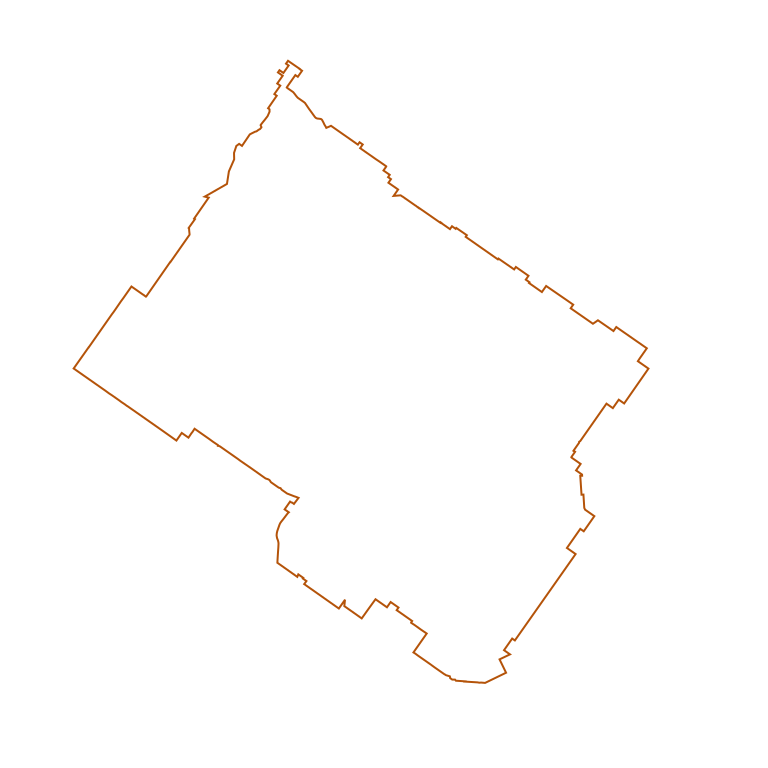 Kellerberrin, Western Australia, Australia, rotated 125°
{"feature_id": "25037944B15582539719607", "entity_name": "Kellerberrin", "entity_type": "district", "adm_level": 2, "iso_a3": "AUS", "parent_name": "Australia", "parent_adm1": "Western Australia", "projection": "albers", "projection_center": [117.81, -31.577], "detail": "fine", "context": "isolated", "style": "outline", "palette": "amber", "viewbox_px": 768, "rotation_deg": 125, "n_neighbors": 0, "source": "geoboundaries", "source_scale": "gbopen_adm2", "svg_char_len": 5866}
<svg xmlns="http://www.w3.org/2000/svg" viewBox="0 0 768 768"><g transform="rotate(125 384 384)"><path d="M540.1,513.4L534.7,513.5L533.6,513.4L533.0,513.4L532.5,513.4L529.3,513.5L529.3,507.2L529.3,503.8L529.3,498.2L529.3,495.7L529.4,491.1L529.3,485.7L529.3,485.2L529.3,484.9L529.9,484.6L529.6,484.1L529.4,483.6L529.3,483.1L529.2,482.6L529.2,482.0L529.2,463.9L529.2,463.7L529.2,460.5L529.3,457.6L529.2,444.8L529.3,427.1L529.3,426.8L529.2,426.6L528.7,424.8L528.6,424.7L528.4,423.4L528.4,423.1L528.4,422.6L528.6,422.0L528.9,421.3L529.1,420.8L529.2,420.6L529.3,420.2L529.3,417.9L529.3,415.5L529.3,411.3L529.3,410.8L528.8,409.3L528.7,409.1L528.8,409.0L528.9,408.5L529.2,407.4L529.3,407.1L529.3,406.8L529.3,406.2L529.3,405.5L529.3,402.8L529.3,401.7L529.3,400.9L529.3,400.5L529.2,400.1L528.9,399.0L528.6,397.7L528.2,396.1L527.9,394.9L527.7,394.0L527.3,392.5L527.1,392.0L526.7,390.4L526.3,388.7L533.9,389.0L533.8,391.1L534.2,391.9L534.2,393.5L543.7,393.5L543.7,388.4L544.1,388.5L544.5,388.6L545.2,388.7L545.5,388.7L547.3,388.8L552.7,389.0L555.6,389.2L556.3,389.2L556.9,389.2L557.6,389.2L558.1,389.1L558.7,389.0L559.2,388.9L565.6,387.1L566.6,386.7L567.6,386.3L568.1,386.0L568.5,385.8L569.0,385.5L569.5,385.2L569.9,384.9L570.3,384.5L570.7,384.1L571.5,383.3L572.0,382.6L573.0,381.1L573.3,380.8L573.6,380.4L573.9,380.1L574.2,379.8L574.6,379.4L574.9,379.1L575.4,378.8L575.8,378.5L578.5,376.8L582.5,374.4L586.6,371.9L591.6,368.8L591.7,344.4L589.1,345.0L589.1,338.9L589.9,338.9L589.9,334.5L593.7,334.6L593.8,292.2L583.0,292.2L583.5,292.0L583.7,291.9L588.7,289.1L588.8,267.8L577.0,267.7L565.2,267.5L565.2,253.5L558.8,253.5L558.8,243.9L562.0,243.9L562.0,225.0L563.8,225.0L564.0,224.9L564.0,223.4L563.9,221.0L564.0,212.7L563.9,205.9L572.9,205.9L576.6,205.9L583.4,205.9L584.8,205.9L587.0,205.9L586.9,203.8L587.0,200.7L587.0,196.3L587.0,185.6L587.1,180.0L587.1,176.5L587.1,170.9L587.1,170.5L587.1,169.4L587.1,168.0L587.0,167.7L587.0,166.3L585.7,162.4L587.0,161.0L587.0,158.6L585.4,156.3L585.8,154.9L581.1,147.1L581.4,147.1L574.8,136.3L574.0,134.6L572.8,133.1L570.9,129.8L570.6,129.6L550.5,118.4L543.3,131.4L533.2,125.7L533.2,133.0L519.0,133.0L519.0,129.7L470.3,129.6L413.4,129.5L413.4,140.1L412.9,140.1L390.1,140.1L390.1,135.9L371.6,135.9L371.6,147.2L370.6,148.9L360.2,157.2L361.4,158.7L346.6,170.6L345.5,169.1L344.6,169.8L344.6,177.1L336.7,177.1L336.7,188.1L336.6,188.5L336.2,188.6L329.9,188.6L329.9,189.4L330.1,189.3L330.1,190.5L320.3,190.5L319.4,191.0L318.4,190.6L318.2,190.5L272.5,190.5L272.5,182.7L262.2,182.7L262.2,176.1L219.7,176.2L219.7,183.9L219.7,186.6L219.7,189.1L216.6,189.2L204.0,189.2L204.0,189.3L204.1,226.4L209.0,226.4L209.0,226.5L209.1,245.3L211.9,246.3L214.8,247.4L214.9,274.3L214.9,274.5L210.5,274.5L210.5,282.1L210.7,307.4L218.1,307.4L218.1,323.2L217.2,323.2L217.2,327.7L212.5,327.7L212.5,335.4L212.5,339.6L212.5,340.7L212.5,343.1L215.5,343.1L215.6,362.2L216.6,362.2L216.6,401.5L214.6,401.5L214.7,414.3L215.8,414.3L215.8,418.8L219.3,418.8L219.3,429.0L219.3,429.3L219.3,429.5L219.1,429.5L219.1,430.5L219.6,430.4L219.7,456.8L219.9,456.7L219.8,459.3L219.7,460.2L219.8,460.6L219.8,461.0L219.8,461.4L219.8,462.4L219.8,463.5L219.8,465.1L219.8,466.6L219.8,466.9L219.8,467.6L219.8,468.0L219.8,469.3L219.8,469.8L219.8,470.2L219.8,471.9L219.8,472.4L219.9,472.9L219.8,473.1L219.8,473.5L219.8,474.7L219.8,476.2L219.9,476.4L219.9,476.6L219.9,478.5L220.0,478.7L222.9,482.2L224.4,484.0L216.6,484.0L216.6,495.8L212.2,495.8L212.2,499.3L209.4,499.3L209.4,506.9L204.5,506.9L204.4,507.0L204.4,508.4L204.4,511.5L204.4,515.6L204.5,519.5L204.5,538.8L200.0,538.8L200.0,542.7L202.9,542.7L202.9,575.5L205.1,576.8L206.3,577.6L207.3,578.2L207.2,578.4L206.7,579.2L205.6,581.8L205.2,582.4L205.0,582.8L204.5,583.6L204.1,584.5L203.6,585.4L203.3,586.0L203.1,586.7L203.1,587.2L203.1,587.6L203.3,588.1L203.6,588.7L204.3,590.0L204.7,590.7L204.9,591.2L205.0,591.8L205.1,592.1L205.1,592.4L205.1,592.8L205.0,593.3L204.9,593.8L204.4,595.2L204.0,596.4L202.6,600.4L201.7,603.1L199.3,609.4L199.1,609.9L199.1,610.3L199.0,611.2L199.0,613.6L199.0,617.7L199.0,618.9L198.9,619.2L198.7,620.1L198.4,621.2L197.7,623.3L197.1,625.4L197.0,625.9L197.0,626.1L197.0,626.5L197.0,629.6L197.0,631.3L197.0,632.5L197.0,633.0L196.9,633.3L196.9,633.7L196.4,633.8L181.8,633.8L181.8,630.8L174.4,630.8L174.4,633.6L174.2,633.6L174.3,648.0L177.8,648.0L177.8,644.8L186.9,644.8L186.9,649.6L189.6,649.6L189.6,643.8L199.1,643.8L199.1,640.1L209.4,640.1L209.4,637.2L224.6,637.1L224.6,635.7L224.7,635.3L224.9,635.2L226.5,634.0L226.7,633.9L226.9,633.9L227.2,633.8L231.3,633.0L231.7,633.0L236.1,633.2L238.7,633.4L240.5,633.5L242.5,633.6L242.8,633.5L243.9,631.7L244.1,631.6L244.3,631.6L246.1,631.8L246.3,631.8L246.5,631.9L247.6,632.5L248.4,632.8L249.1,633.0L249.5,633.1L250.1,633.4L250.3,633.5L250.5,633.6L250.9,634.0L251.3,634.3L251.7,634.6L252.4,634.9L254.0,635.8L256.5,637.1L270.4,636.9L270.4,640.4L273.7,641.5L280.7,639.4L285.9,635.6L298.8,633.0L310.2,627.4L330.4,636.9L333.3,638.3L331.9,634.5L357.5,634.4L357.4,633.4L368.2,633.5L368.2,633.4L368.3,633.2L368.4,632.9L368.7,632.7L368.9,632.5L369.8,631.8L370.4,631.3L371.2,630.6L372.8,629.2L373.1,629.0L373.3,628.9L375.2,628.9L378.0,628.9L386.6,628.9L389.7,628.9L399.0,628.9L402.3,628.9L405.3,628.9L406.6,628.9L406.6,629.1L448.7,629.0L449.0,629.1L449.0,631.1L449.0,631.3L448.9,631.6L448.9,632.0L449.0,632.6L449.0,635.6L449.0,637.6L449.0,638.6L449.0,646.4L449.0,646.8L452.1,646.8L455.4,646.8L456.4,646.8L463.0,646.8L467.3,646.9L476.7,646.8L480.2,646.8L483.0,646.9L487.0,646.9L489.9,646.9L491.1,646.9L506.1,646.9L512.3,646.9L514.6,646.9L515.5,646.9L522.8,646.9L523.3,646.9L523.3,647.0L549.3,647.1L549.3,641.3L549.3,634.5L549.3,628.5L549.3,627.0L549.3,621.7L549.3,619.7L549.3,612.0L549.3,611.2L549.3,608.5L549.4,603.6L549.3,600.8L549.3,591.7L549.4,588.7L549.3,584.8L549.4,581.9L549.3,581.7L549.3,538.7L549.4,521.6L540.1,521.6L540.1,513.4Z" fill="none" stroke="#b45309" stroke-width="2"/></g></svg>